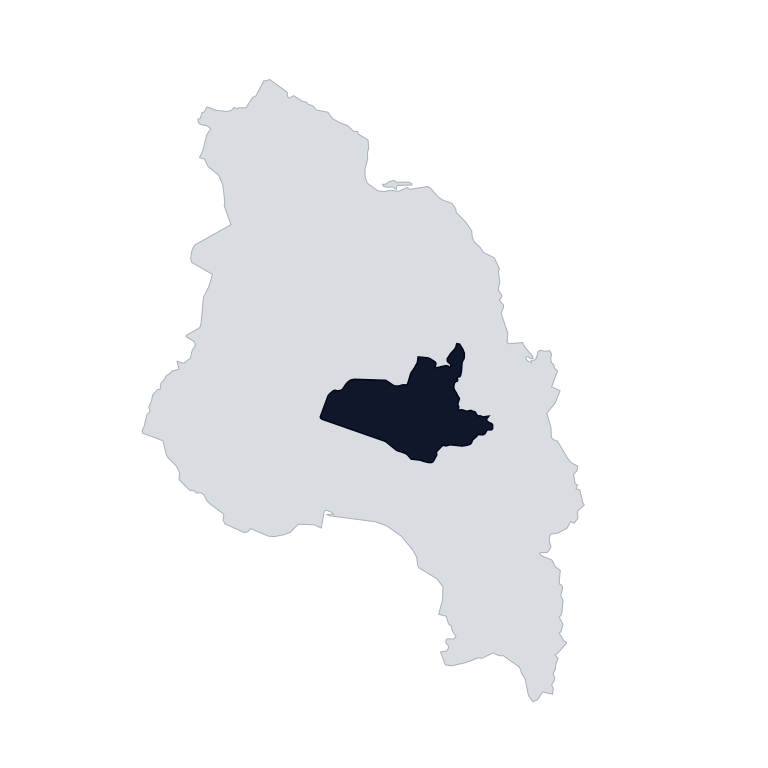 Esfahan highlighted on a map of Iran, rotated 201°
{"feature_id": "IRN-3211", "entity_name": "Esfahan", "entity_type": "Province", "adm_level": 1, "iso_a3": "IRN", "parent_name": "Iran", "parent_adm1": "", "projection": "mercator", "projection_center": [51.611, 32.657], "detail": "fine", "context": "in_parent", "style": "filled", "palette": "ink", "viewbox_px": 768, "rotation_deg": 201, "n_neighbors": 0, "source": "natural_earth", "source_scale": "10m", "svg_char_len": 5742}
<svg xmlns="http://www.w3.org/2000/svg" viewBox="0 0 768 768"><g transform="rotate(201 384 384)"><path d="M391.0,227.1L398.7,227.5L412.8,222.7L414.1,221.6L418.4,211.9L423.3,207.5L431.8,202.2L437.3,200.5L456.7,201.2L458.1,197.3L461.3,195.2L482.3,196.4L485.5,199.4L486.8,205.0L504.2,210.0L507.8,211.7L512.1,215.8L515.6,216.9L520.1,215.0L522.9,216.3L527.5,215.2L541.1,221.3L542.9,227.5L545.3,230.3L548.3,232.9L559.1,237.7L562.3,240.5L570.0,251.8L591.7,251.6L593.1,254.0L592.8,258.9L594.3,270.4L592.6,274.6L595.4,278.4L595.0,285.5L596.1,290.5L593.6,297.4L591.1,298.8L592.5,304.8L590.3,310.7L590.6,312.9L587.2,317.9L587.0,319.8L580.7,324.4L585.3,331.1L578.4,331.5L574.0,338.7L575.2,347.1L574.0,351.5L574.7,353.9L576.5,355.6L585.8,357.3L586.1,358.4L576.1,370.7L576.6,375.4L583.6,400.1L582.4,412.3L583.4,424.8L606.8,428.5L609.4,431.7L611.0,438.6L611.0,443.8L610.2,446.4L584.0,477.8L597.2,493.4L597.8,496.8L605.7,511.9L613.2,519.7L626.1,523.9L632.0,529.6L637.3,529.3L636.8,536.9L638.8,552.8L637.2,560.1L641.7,561.6L648.7,560.5L651.2,561.9L652.6,564.5L650.8,566.0L651.1,572.2L649.3,573.5L648.5,579.3L638.1,579.5L628.5,582.1L624.9,584.3L622.9,588.5L619.7,588.1L618.7,589.7L611.8,592.5L609.4,604.4L606.8,607.2L604.7,624.2L603.2,624.4L599.8,627.3L579.0,621.7L576.9,617.7L574.7,616.9L571.7,620.8L561.2,618.6L557.6,619.3L555.4,618.1L549.8,618.0L545.4,615.6L533.9,617.6L527.0,613.3L519.6,612.1L510.4,612.2L503.0,609.1L499.1,610.3L497.3,608.1L486.3,606.0L482.7,598.4L482.5,594.6L479.8,588.0L478.9,578.4L476.4,571.4L471.7,565.6L459.0,562.1L452.4,563.9L447.4,567.2L439.3,569.1L433.0,575.6L429.4,575.1L414.5,583.8L411.3,583.7L400.2,577.9L395.3,576.8L385.2,577.0L379.6,573.0L378.2,570.2L365.0,564.0L356.9,558.3L354.4,552.9L350.9,549.1L343.0,545.9L338.5,542.5L326.2,541.3L317.5,532.8L317.5,530.1L312.4,520.8L311.5,514.0L310.4,512.2L306.1,509.4L305.4,507.6L306.3,503.3L300.7,500.6L299.9,498.5L300.0,491.9L286.6,475.8L283.9,466.9L281.4,466.5L269.5,472.4L266.0,469.1L255.6,463.4L254.1,461.2L256.7,460.2L259.4,461.2L261.0,460.0L260.3,458.1L257.7,456.9L254.1,456.9L255.1,458.8L251.7,460.5L251.0,462.7L251.8,469.4L250.4,471.3L244.9,472.4L241.4,474.5L238.3,472.1L237.4,467.2L235.4,464.1L232.5,462.9L230.3,459.8L226.6,458.3L226.5,441.3L217.3,440.9L217.3,427.9L221.5,415.0L212.6,403.3L208.7,394.3L206.3,392.7L201.7,392.9L186.4,380.8L181.0,377.6L173.6,376.7L172.7,372.4L174.6,367.6L171.0,361.4L170.0,359.6L167.0,358.9L167.1,354.9L163.2,355.2L155.8,344.3L153.7,342.8L157.7,334.6L154.8,327.9L156.6,322.2L160.4,322.5L161.5,314.9L168.3,307.1L174.2,303.7L174.8,301.3L173.6,297.1L169.8,291.8L170.3,287.3L171.5,285.0L177.8,282.6L178.1,281.6L175.2,280.0L164.3,279.9L158.3,274.6L152.7,273.3L149.3,261.5L148.4,260.1L145.8,259.7L144.1,257.5L143.2,249.7L139.3,246.1L136.1,234.4L135.9,231.6L136.9,229.0L130.8,223.9L130.0,216.1L131.2,214.3L124.1,208.6L121.0,208.3L120.7,207.3L125.4,195.0L127.3,192.2L123.1,190.3L123.1,184.2L121.9,179.2L122.3,174.3L119.5,170.8L118.8,168.6L119.7,163.2L117.0,160.6L115.4,154.9L125.6,153.3L127.5,144.4L131.1,140.7L137.5,145.0L146.6,159.3L152.0,163.4L156.0,168.2L175.2,173.1L179.3,171.6L185.9,171.9L194.2,163.1L198.0,162.0L207.8,153.2L219.9,145.1L226.1,143.8L235.2,154.1L230.0,157.2L229.1,159.8L229.7,162.3L233.8,164.9L234.3,167.8L232.9,169.2L227.6,170.8L226.1,173.7L231.9,178.3L234.7,182.3L237.8,183.2L242.7,189.5L250.4,188.6L252.0,203.5L256.3,215.8L264.4,221.0L285.6,224.9L287.9,227.3L291.3,233.9L296.8,238.7L313.1,248.1L331.0,252.6L342.9,252.3L386.9,241.6L391.0,241.6L384.4,244.3L386.9,245.5L392.5,245.5L393.8,244.4L394.0,242.6L391.0,227.1ZM454.3,570.9L451.7,574.6L447.8,577.7L444.8,576.8L433.0,581.4L429.9,581.1L429.4,579.7L442.5,574.3L443.1,572.9L442.3,570.0L446.5,571.2L451.1,568.9L455.0,568.3L456.9,569.9L454.3,570.9Z" fill="#d9dde1" stroke="#a8b0b8" stroke-width="1"/><path d="M282.0,358.6L284.3,356.7L288.7,354.1L300.3,351.0L302.0,349.9L303.6,348.6L305.4,348.1L307.0,348.1L307.7,346.7L310.4,340.3L310.7,338.3L309.9,337.9L309.3,336.4L310.2,329.8L310.5,328.8L311.5,327.7L314.2,326.6L320.2,325.9L322.4,326.0L331.8,323.6L337.1,326.5L339.9,326.9L347.5,326.5L349.4,326.8L361.3,330.7L362.7,330.9L429.2,328.9L430.7,329.4L431.4,330.0L431.7,330.3L432.0,353.1L431.2,355.4L428.9,359.6L427.3,360.7L425.1,360.9L422.3,362.4L420.8,364.3L419.6,369.8L418.7,372.3L417.6,374.3L416.1,376.2L413.1,377.9L383.6,388.1L374.8,386.1L372.8,386.1L370.1,387.2L368.4,388.2L367.2,389.3L365.4,390.3L363.4,390.9L362.3,391.6L362.0,392.7L362.8,402.9L362.6,405.0L361.4,409.6L360.9,413.6L360.6,414.4L360.7,416.7L361.9,421.5L352.3,424.2L350.3,424.2L344.1,422.9L342.8,421.7L342.5,418.7L342.1,417.8L341.6,417.7L337.8,419.8L337.3,420.5L336.5,420.9L332.7,423.4L330.6,423.7L327.9,423.1L327.8,424.0L328.5,425.6L329.3,426.5L330.4,426.9L331.6,427.1L333.3,428.3L334.1,430.5L333.4,432.8L332.8,436.1L330.5,442.0L330.2,444.8L330.5,446.7L330.5,447.8L329.8,448.0L327.6,448.3L327.1,447.8L323.2,445.0L320.2,441.8L318.6,437.8L318.4,435.6L318.7,434.5L318.8,432.0L316.2,423.5L315.6,419.8L315.8,418.0L316.7,417.4L317.9,416.9L317.9,415.9L317.0,414.8L316.5,413.8L316.6,412.8L317.7,412.0L318.6,410.3L318.1,406.8L316.6,404.2L313.4,401.7L311.9,400.3L308.4,397.5L308.1,394.9L308.2,392.5L307.6,391.6L307.4,390.6L307.0,390.1L306.2,389.9L306.0,389.1L305.7,387.6L304.6,386.7L303.4,386.9L302.8,387.6L301.6,388.0L298.0,388.1L296.9,388.3L293.8,390.3L292.5,390.6L291.7,390.3L290.3,390.6L288.5,390.4L286.8,388.9L285.1,388.0L283.8,388.3L283.0,388.7L282.0,388.9L280.1,388.6L274.6,391.6L275.3,389.1L275.9,388.2L274.8,386.6L272.0,385.6L269.5,385.7L268.0,384.9L266.7,381.6L266.7,381.3L266.8,380.5L267.2,379.8L267.9,379.4L270.1,378.6L271.4,377.7L271.9,373.7L273.5,371.9L277.6,370.7L278.3,370.3L278.3,369.7L278.5,368.9L281.3,363.2L281.2,361.8L281.3,360.0L282.0,358.6Z" fill="#0f172a" stroke="#020617" stroke-width="1.5"/></g></svg>